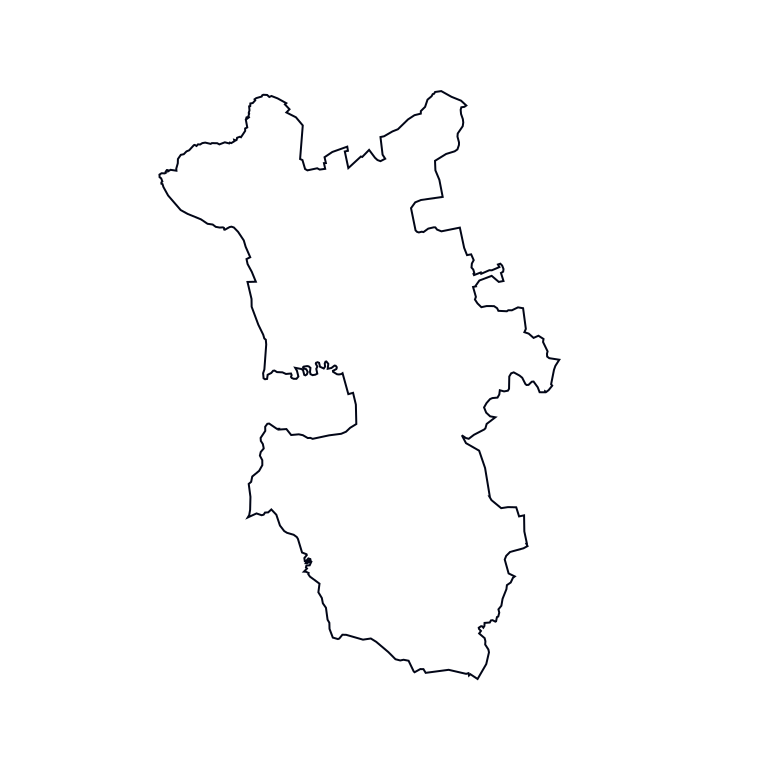 the district of Tulang Bawang Barat, Lampung, Indonesia, rotated 348°
{"feature_id": "22746128B7348236235073", "entity_name": "Tulang Bawang Barat", "entity_type": "district", "adm_level": 2, "iso_a3": "IDN", "parent_name": "Indonesia", "parent_adm1": "Lampung", "projection": "albers", "projection_center": [105.087, -4.433], "detail": "fine", "context": "isolated", "style": "outline", "palette": "ink", "viewbox_px": 768, "rotation_deg": 348, "n_neighbors": 0, "source": "geoboundaries", "source_scale": "gbopen_adm2", "svg_char_len": 6139}
<svg xmlns="http://www.w3.org/2000/svg" viewBox="0 0 768 768"><g transform="rotate(348 384 384)"><path d="M490.7,572.4L490.0,569.8L490.6,569.8L490.6,557.4L493.7,541.6L488.6,541.6L487.7,532.1L479.7,530.2L472.8,529.8L465.0,520.0L463.6,515.8L464.1,515.9L465.4,487.2L463.2,469.0L451.9,458.9L449.5,450.4L452.9,453.9L455.5,455.2L461.4,452.4L472.6,449.3L474.0,448.4L476.1,444.4L486.0,439.7L481.1,437.7L478.0,433.3L477.0,427.7L480.4,423.9L484.6,420.8L487.1,420.3L492.2,420.9L494.6,418.2L496.0,414.2L499.9,416.2L503.8,416.3L505.3,414.7L508.1,402.7L510.6,400.0L513.3,399.6L518.3,403.9L520.5,406.6L522.3,413.4L523.2,414.6L525.2,414.9L529.0,412.5L530.8,412.7L533.7,419.2L534.5,424.4L539.9,425.6L540.1,424.6L541.1,425.5L543.8,424.2L548.2,420.6L547.4,419.0L553.2,405.5L555.4,401.9L560.5,396.7L551.0,393.1L549.3,391.1L549.7,388.3L550.8,386.1L548.3,376.0L549.4,373.1L545.1,368.9L539.9,370.0L536.0,364.8L532.1,362.5L534.2,359.6L535.8,338.8L531.0,336.9L524.4,338.5L520.9,337.7L519.3,338.4L511.1,336.2L510.4,333.4L507.8,330.7L500.7,329.1L495.2,329.1L492.2,324.6L490.5,320.3L492.0,317.9L491.3,307.6L494.1,307.6L493.9,307.1L498.8,302.6L511.8,300.6L517.5,308.0L522.3,308.1L521.5,299.7L523.9,298.9L524.8,296.4L524.2,292.7L522.8,290.5L520.3,290.8L521.2,293.6L518.8,294.1L513.1,295.2L510.7,294.6L502.0,296.4L501.9,295.0L494.7,296.2L494.4,294.8L495.4,294.0L495.1,290.6L493.8,288.3L495.0,284.4L497.5,281.5L496.2,275.3L492.0,275.2L490.7,267.4L490.7,246.8L471.9,246.6L468.0,244.0L466.8,241.5L465.3,241.1L459.6,241.2L454.2,243.6L452.6,242.9L449.6,243.0L448.0,242.1L446.8,240.3L447.0,217.6L452.3,212.8L458.5,211.7L480.3,213.2L480.6,195.8L478.7,185.7L480.3,176.3L492.6,171.9L501.5,171.1L504.6,169.8L507.0,165.8L507.6,163.3L507.3,157.3L508.2,154.3L514.6,148.2L515.9,144.7L516.2,141.3L515.5,135.9L516.0,131.7L517.2,129.4L520.3,129.6L522.4,128.7L518.3,122.9L509.7,117.1L500.9,109.4L494.7,109.0L493.3,110.5L491.9,110.6L490.4,112.4L485.7,114.9L481.8,121.5L476.8,124.7L476.2,127.2L469.7,127.4L462.5,130.2L450.6,137.7L444.8,138.7L435.6,141.7L431.9,141.7L430.3,159.4L432.0,163.9L426.9,165.3L424.2,163.6L422.2,160.8L418.1,151.9L409.9,157.4L408.7,156.7L394.0,165.4L394.0,148.4L397.2,148.4L397.4,144.2L381.7,146.3L373.0,149.8L373.1,155.8L371.2,155.5L371.2,161.3L365.7,160.9L363.5,159.1L353.5,159.1L351.5,157.3L350.8,148.0L348.7,146.5L358.3,114.2L353.3,104.8L345.0,98.1L348.7,95.6L345.2,89.9L346.8,89.0L339.3,82.5L333.8,78.9L331.5,79.4L329.8,77.0L326.1,76.0L324.9,76.3L324.1,77.4L318.5,77.8L316.6,78.6L317.0,79.8L314.0,81.9L311.6,81.8L310.9,84.4L309.8,84.4L309.3,88.4L308.0,90.8L308.3,91.6L307.2,93.5L307.3,94.6L305.0,94.6L304.7,95.1L306.2,95.6L303.8,96.7L303.6,104.6L301.3,105.2L300.8,107.6L295.4,112.9L294.5,112.2L291.5,112.6L290.6,114.6L289.7,114.9L288.2,114.0L288.2,115.4L284.7,116.6L283.3,115.8L282.6,116.5L278.6,114.5L272.8,115.4L270.9,113.8L265.7,112.6L264.4,113.1L259.3,110.7L256.4,110.6L253.9,111.5L251.9,110.9L250.1,112.2L248.6,110.8L247.6,110.9L242.0,114.9L239.2,115.4L235.9,117.6L232.9,117.6L229.2,121.1L228.2,125.2L225.6,130.1L225.3,132.2L219.7,130.1L217.0,131.1L216.9,129.8L216.0,129.6L214.4,131.2L214.6,132.0L213.3,132.4L210.2,131.6L207.9,132.5L207.5,135.1L208.8,136.5L209.3,139.8L208.2,140.5L207.9,141.8L208.9,142.4L209.2,145.5L212.0,154.7L221.3,171.6L227.3,176.8L239.2,184.9L244.7,190.6L249.6,192.4L252.1,195.3L255.8,196.8L259.0,197.3L259.9,198.0L259.8,199.7L260.4,200.0L265.6,198.4L267.5,198.4L269.7,199.7L272.9,204.8L276.7,214.4L277.2,221.0L279.5,232.2L275.5,233.2L275.5,238.3L278.0,246.8L279.9,257.3L271.7,255.8L272.1,273.3L270.6,280.9L273.4,299.9L276.1,310.7L276.4,314.6L277.6,316.1L277.0,320.9L270.0,344.9L268.0,348.3L267.4,353.4L268.6,354.6L270.7,354.7L272.1,350.8L276.0,349.8L278.3,348.0L279.7,348.1L281.8,350.1L287.1,351.5L290.2,353.8L295.2,354.4L295.5,356.1L294.5,357.7L295.0,358.9L296.7,360.1L299.5,360.7L301.8,358.9L301.6,353.0L300.5,349.7L306.6,352.3L307.7,353.9L307.9,358.5L308.9,359.2L310.5,358.6L311.9,356.4L311.0,353.4L308.9,352.3L308.3,350.8L309.1,350.3L312.5,350.5L314.0,351.1L315.4,352.9L314.1,356.9L314.2,359.1L316.0,360.5L318.8,360.6L320.9,360.0L320.9,355.1L322.4,353.2L321.5,350.0L322.0,349.1L323.6,348.9L324.9,349.8L325.0,353.8L328.3,356.3L330.0,354.7L330.3,351.6L331.4,350.0L332.3,350.0L333.7,352.7L332.1,357.4L335.9,357.4L339.4,355.7L340.5,356.1L341.3,357.7L341.0,358.7L340.4,359.5L336.8,360.5L336.7,361.5L340.1,364.7L341.9,365.3L344.2,365.4L345.7,364.8L347.0,386.5L351.9,386.2L352.2,398.3L348.6,417.4L341.8,419.8L336.9,422.8L331.8,423.8L319.6,422.8L302.8,422.8L300.8,421.4L298.2,421.0L294.0,417.2L290.2,415.5L282.6,414.6L279.2,407.8L271.6,406.7L272.0,406.0L269.9,405.6L263.4,398.8L261.6,398.7L258.9,401.1L258.1,405.2L252.1,411.1L251.7,414.1L253.0,417.5L253.0,421.2L252.9,422.1L249.3,424.9L247.7,428.3L249.1,433.2L248.1,438.1L243.8,443.0L235.9,447.1L233.7,452.1L230.9,453.6L229.9,466.6L226.9,479.2L224.9,484.2L223.0,486.2L232.4,484.1L237.0,486.9L239.1,486.8L240.9,485.0L244.0,485.5L247.7,483.3L251.5,489.5L252.8,500.8L255.8,507.1L258.2,509.4L264.3,512.7L266.9,515.6L267.6,517.6L268.8,531.8L272.8,534.4L272.9,535.3L269.9,537.7L269.7,540.8L270.9,541.0L273.8,538.9L275.5,539.9L275.5,540.9L270.9,542.0L270.2,542.9L271.7,543.2L275.5,542.2L276.0,542.7L273.6,545.9L270.4,545.4L269.5,547.2L270.3,548.5L266.7,550.9L268.6,551.4L271.0,553.2L270.4,554.3L271.5,557.0L279.4,565.9L276.5,574.1L278.7,580.4L278.6,585.8L280.7,590.8L279.8,602.8L280.9,606.2L279.8,612.2L281.2,621.4L285.9,623.9L287.3,623.7L291.2,620.6L294.9,621.5L310.3,629.7L318.2,630.2L322.8,634.6L332.5,647.1L338.0,655.6L342.4,657.8L345.8,657.8L350.5,659.8L353.3,671.3L354.0,672.3L360.2,670.4L363.3,671.1L364.7,675.2L387.8,677.0L404.1,684.6L406.5,684.4L406.5,686.8L408.1,685.8L414.2,692.0L425.8,679.2L430.9,668.3L430.9,665.4L428.8,659.9L429.7,656.7L429.6,653.5L425.2,647.8L427.5,645.7L426.0,643.3L426.0,642.1L428.6,641.1L429.7,641.5L430.5,643.0L431.9,641.6L432.7,638.6L437.9,639.3L439.4,637.5L441.1,637.6L443.5,639.6L444.3,639.4L446.0,635.5L447.4,635.2L449.2,631.6L449.1,628.2L452.7,625.3L455.3,618.8L461.1,610.1L462.4,606.3L466.7,604.5L469.8,600.4L471.9,599.4L466.5,595.2L465.6,580.8L467.8,577.5L472.4,574.5L486.3,573.7L490.7,572.4Z" fill="none" stroke="#020617" stroke-width="2"/></g></svg>